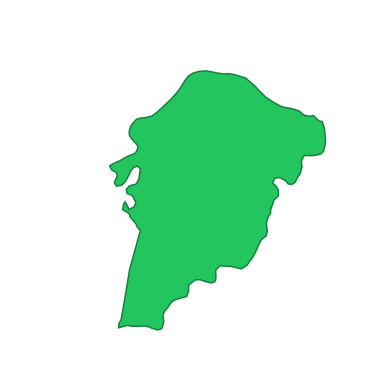 Magalhães Barata, Pará, Brazil, rotated 49°
{"feature_id": "56859067B4856082037025", "entity_name": "Magalhães Barata", "entity_type": "district", "adm_level": 2, "iso_a3": "BRA", "parent_name": "Brazil", "parent_adm1": "Pará", "projection": "robinson", "projection_center": [-47.632, -0.823], "detail": "fine", "context": "isolated", "style": "filled", "palette": "green", "viewbox_px": 384, "rotation_deg": 49, "n_neighbors": 0, "source": "geoboundaries", "source_scale": "gbopen_adm2", "svg_char_len": 2056}
<svg xmlns="http://www.w3.org/2000/svg" viewBox="0 0 384 384"><g transform="rotate(49 192 192)"><path d="M246.3,336.5L249.9,328.8L255.1,324.2L258.9,319.7L261.9,315.7L265.5,313.0L268.6,311.6L273.9,308.0L275.2,304.4L273.1,300.7L271.1,298.2L265.8,294.7L263.7,290.3L263.5,286.7L261.7,280.1L261.9,276.4L263.5,272.6L267.3,264.5L264.4,259.4L260.1,255.6L260.4,247.3L263.4,243.5L267.2,241.3L273.4,237.2L274.7,233.7L272.6,230.3L268.6,227.1L266.3,224.9L266.2,219.2L273.6,211.6L282.5,205.1L283.3,198.3L282.0,193.3L281.4,189.9L279.9,185.7L278.2,181.6L275.5,176.1L273.6,171.1L273.7,164.4L270.4,160.4L267.5,158.6L264.0,155.9L260.8,150.8L259.8,146.9L256.6,143.8L254.1,139.0L251.8,135.4L251.6,129.3L247.0,125.5L242.4,124.7L237.9,125.3L235.9,120.2L239.0,116.1L245.3,113.9L249.1,114.1L251.8,111.5L252.3,107.8L249.9,101.9L249.0,98.2L245.1,92.3L242.2,90.7L239.7,88.0L238.1,83.3L243.5,77.3L246.3,73.0L248.0,68.9L247.2,65.4L243.9,60.8L241.2,57.8L237.9,55.5L235.4,53.5L230.7,50.2L224.2,47.5L221.6,49.6L217.9,49.9L213.9,50.2L212.0,53.6L208.5,56.5L205.6,57.4L201.0,58.0L193.3,62.9L188.8,66.7L185.5,68.8L176.2,72.1L168.9,74.1L160.5,74.8L153.2,75.0L141.0,76.8L130.5,83.5L126.9,86.6L124.3,89.9L120.4,93.5L109.9,101.8L105.8,107.2L103.0,113.1L102.1,118.2L103.0,123.3L106.4,134.7L107.4,140.4L108.2,147.9L108.9,164.8L108.4,172.5L105.9,177.3L102.1,183.0L100.7,186.3L101.4,192.1L102.5,195.7L105.3,199.9L108.1,202.0L111.0,202.6L115.5,202.6L120.7,202.4L123.4,204.2L125.4,208.7L124.6,212.5L122.8,217.1L121.0,226.1L118.8,233.3L118.2,237.1L122.8,238.1L127.1,236.4L130.8,237.7L134.0,244.6L138.0,245.1L140.8,240.7L140.2,234.8L138.0,228.9L135.7,223.8L135.2,219.6L136.8,216.2L140.6,215.8L143.1,218.7L147.4,223.5L149.4,228.8L147.7,232.3L146.3,235.2L146.9,239.9L150.5,241.9L155.2,239.5L158.1,240.0L163.3,241.4L165.2,245.7L163.9,251.1L159.8,249.8L155.4,248.9L156.7,252.2L160.0,256.0L163.1,254.8L167.4,253.6L170.1,255.1L173.8,255.1L179.1,255.1L183.1,256.5L187.0,256.0L209.8,290.3L219.4,301.8L229.2,313.7L241.6,328.9L243.4,333.5L246.3,336.5Z" fill="#22c55e" stroke="#15803d" stroke-width="1.5"/></g></svg>